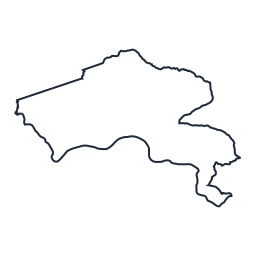 outline of Solita, Caquetá, Colombia
{"feature_id": "7082276B92515443610451", "entity_name": "Solita", "entity_type": "district", "adm_level": 2, "iso_a3": "COL", "parent_name": "Colombia", "parent_adm1": "Caquetá", "projection": "orthographic", "projection_center": [-75.617, 0.89], "detail": "fine", "context": "isolated", "style": "outline", "palette": "slate", "viewbox_px": 256, "rotation_deg": 0, "n_neighbors": 0, "source": "geoboundaries", "source_scale": "gbopen_adm2", "svg_char_len": 5822}
<svg xmlns="http://www.w3.org/2000/svg" viewBox="0 0 256 256"><path d="M17.3,100.1L17.8,101.0L17.0,101.3L16.8,101.5L16.8,101.8L17.8,102.0L17.6,102.6L17.6,103.4L17.5,103.8L17.9,104.4L17.8,105.0L17.9,105.3L17.9,106.1L18.2,107.1L18.1,107.3L17.6,107.0L17.3,108.8L16.8,110.2L16.8,111.9L16.7,112.4L16.6,112.6L16.3,112.6L15.7,112.3L15.4,113.1L16.2,113.3L16.4,114.2L17.2,114.6L17.9,114.7L18.2,114.6L18.2,114.3L18.0,113.8L18.3,113.7L21.6,113.7L22.1,114.0L22.8,114.5L23.4,115.4L24.4,118.7L24.5,119.9L24.4,120.7L24.2,121.2L24.1,122.1L24.3,123.1L24.8,124.5L26.6,124.3L29.6,124.3L30.4,124.4L32.2,125.5L33.3,126.9L35.4,130.8L37.1,132.2L38.9,134.7L40.3,136.3L41.4,137.0L43.6,137.9L44.7,138.8L45.2,139.7L45.4,140.9L45.6,141.5L45.9,142.1L47.5,142.9L48.8,144.2L49.8,145.8L49.8,146.2L51.9,149.5L52.3,150.6L52.8,151.2L52.9,152.3L52.9,153.8L52.8,154.4L52.0,155.6L51.7,156.7L51.7,157.4L51.8,158.0L52.3,159.0L52.8,159.8L53.7,160.8L54.5,161.3L54.9,161.4L56.1,161.6L57.2,161.6L57.7,161.4L58.5,160.8L60.5,159.0L61.7,157.5L64.1,154.9L65.4,153.2L67.1,151.3L68.2,150.5L69.9,149.8L70.7,149.3L74.4,148.0L77.9,147.1L81.9,145.9L83.9,145.6L86.3,145.6L87.2,145.7L89.9,146.3L92.9,146.8L95.5,147.5L96.7,148.1L98.3,148.7L103.1,149.1L105.6,149.1L106.5,148.9L107.4,148.6L110.1,147.0L112.4,145.0L113.2,144.2L114.5,142.6L116.2,141.1L116.6,140.6L119.3,138.7L122.9,137.5L125.4,137.0L128.1,136.9L129.5,136.5L131.1,136.3L134.6,136.5L136.7,137.1L139.6,138.2L143.5,140.5L144.5,141.2L145.5,142.2L148.1,146.1L148.7,147.5L149.0,148.9L149.0,154.7L149.1,156.0L149.7,158.0L150.5,159.1L151.4,160.2L152.7,161.0L154.3,161.7L157.2,162.0L160.6,161.8L162.3,161.6L164.3,160.8L166.4,160.3L168.5,160.4L169.6,160.7L170.3,161.2L170.8,162.0L171.4,162.6L171.8,162.8L172.4,163.1L174.0,163.5L176.5,163.8L177.4,164.1L180.0,164.3L189.6,164.2L191.2,164.5L195.7,167.2L197.7,168.7L198.3,169.4L198.6,170.6L198.5,171.3L198.0,172.0L197.5,172.5L196.9,173.5L196.6,174.2L196.6,175.2L197.4,179.1L197.5,182.6L197.1,183.8L196.5,184.6L196.4,186.9L196.5,189.1L196.5,191.7L196.9,192.6L197.5,193.5L197.9,193.9L198.7,194.3L201.7,195.3L204.2,195.7L205.6,196.5L206.5,198.0L207.3,200.0L208.0,200.7L210.2,201.6L212.4,202.7L213.8,203.8L215.0,204.6L216.2,205.5L218.1,206.3L218.7,206.4L219.5,206.1L220.0,205.7L221.1,204.3L223.1,202.8L223.9,202.4L224.5,201.6L226.0,199.4L228.1,197.0L229.5,196.2L230.6,196.0L231.4,196.0L231.4,195.1L231.3,194.6L230.8,193.9L230.3,193.5L229.4,193.2L227.3,193.4L226.1,193.7L225.3,193.4L224.7,193.4L224.3,193.2L224.0,193.2L223.4,193.0L223.0,193.0L222.9,193.3L222.6,193.3L222.4,193.7L222.1,193.6L221.8,193.8L221.7,193.8L221.2,193.4L221.2,192.9L221.0,192.4L219.6,190.4L218.4,189.0L218.0,188.8L217.2,187.9L216.6,187.6L215.8,186.8L208.6,185.2L209.1,185.0L209.2,184.8L209.2,184.1L209.4,183.3L209.9,182.7L210.1,182.1L210.5,181.5L211.0,181.1L211.2,180.2L212.0,178.9L212.0,178.5L211.8,177.7L211.9,177.1L213.9,175.7L215.4,174.8L215.8,174.2L215.8,171.8L215.4,170.9L214.6,169.8L214.4,169.3L214.5,168.1L214.4,167.7L213.8,166.8L213.8,166.4L214.0,165.9L214.8,165.1L215.1,164.3L215.3,163.1L215.6,162.7L216.0,162.4L216.4,162.3L217.2,162.7L217.7,163.7L218.5,164.0L220.0,164.1L221.3,164.5L221.8,165.7L222.2,165.7L224.4,164.3L225.6,163.8L227.2,164.2L228.6,164.2L229.2,164.3L229.7,164.1L230.1,163.6L230.1,162.2L231.7,162.1L234.0,160.7L234.8,160.8L235.4,160.6L236.3,158.7L238.1,158.4L240.0,158.0L240.6,158.1L237.1,155.9L235.5,154.8L234.8,152.4L234.8,150.2L234.3,147.1L233.9,146.2L233.8,145.9L233.9,144.3L234.1,143.9L234.4,143.4L234.4,143.1L233.9,142.5L233.7,141.7L233.1,140.6L232.5,139.9L231.9,139.6L231.2,138.7L230.6,137.7L229.8,136.8L229.5,136.1L228.9,135.4L228.2,134.9L227.2,134.7L226.3,133.9L225.5,133.0L224.4,132.2L222.0,130.9L219.9,130.1L216.9,129.7L216.4,129.3L215.5,128.8L214.4,128.7L210.2,127.3L208.3,125.7L207.6,125.5L206.5,125.5L205.3,125.8L204.0,126.0L201.8,125.4L200.7,125.4L200.1,125.7L199.0,125.6L197.9,125.4L196.1,125.4L194.9,125.2L192.7,125.6L189.3,124.4L188.5,123.9L187.0,123.3L184.4,123.5L183.6,123.2L181.3,123.2L179.4,123.3L179.5,122.8L179.3,122.2L179.5,120.6L179.9,119.5L180.5,119.1L181.1,118.5L182.5,116.9L184.1,115.5L185.5,115.0L190.0,114.1L190.7,113.4L191.6,112.2L192.5,111.6L194.8,109.8L196.1,109.1L198.9,108.2L199.9,107.7L201.5,106.3L202.7,105.6L204.4,105.2L205.8,104.8L210.4,102.3L211.3,101.4L212.0,100.5L212.7,98.8L212.8,97.0L212.4,95.7L211.7,94.5L211.7,92.2L211.5,91.4L210.8,90.2L210.6,88.9L210.2,83.6L210.1,83.1L210.2,82.7L208.5,82.2L207.0,81.3L206.0,81.5L204.9,81.1L204.4,80.8L203.6,80.0L202.6,78.1L201.9,77.6L200.8,77.3L200.0,76.6L198.4,76.5L196.6,76.7L195.8,76.3L195.4,75.8L195.2,74.9L194.7,74.0L193.2,72.8L192.0,72.1L190.2,71.3L189.3,70.8L188.8,71.1L188.3,71.1L187.7,70.9L187.2,70.4L186.8,70.3L186.3,69.9L185.7,69.8L185.4,70.1L184.9,70.0L184.7,69.9L184.0,69.3L183.5,69.1L182.8,69.5L181.7,69.4L180.8,69.5L179.9,70.6L179.3,70.8L178.7,70.5L177.8,69.1L177.2,68.4L176.6,68.3L176.1,68.4L175.5,68.9L174.8,68.7L174.5,68.3L174.1,68.0L173.7,68.0L172.6,68.5L171.8,68.6L170.3,68.1L169.2,67.3L168.5,67.2L167.7,67.3L165.7,67.7L165.2,67.7L164.5,67.4L163.8,67.4L161.8,68.8L161.2,69.1L160.3,69.3L160.0,69.3L159.1,68.9L158.1,68.6L157.3,68.2L155.6,67.5L154.5,66.5L152.6,65.8L152.1,65.3L151.9,64.3L151.0,64.2L149.3,63.2L148.0,63.0L146.2,62.3L145.5,61.6L145.2,61.0L144.8,60.5L144.0,59.8L142.6,59.2L142.4,58.4L141.9,57.7L139.8,55.6L138.8,53.6L138.0,52.7L137.2,52.2L136.0,51.0L135.3,50.6L133.8,50.0L132.6,49.6L131.5,49.8L129.9,50.4L128.1,50.5L126.4,51.0L125.1,51.2L123.0,51.2L122.9,51.3L121.6,50.9L120.9,50.8L119.2,52.6L118.9,53.5L118.8,54.4L118.1,55.6L117.0,56.1L113.8,56.0L112.5,55.8L111.6,56.2L110.9,57.0L109.1,57.6L107.7,57.6L106.4,58.0L104.6,59.3L103.1,62.7L102.8,63.1L82.9,70.0L83.1,70.2L83.8,70.4L83.9,70.6L84.0,70.9L84.5,71.2L84.3,71.7L83.4,72.4L83.3,73.7L83.5,74.8L82.9,75.7L82.5,75.9L82.2,76.3L82.1,77.6L82.3,78.6L81.7,78.5L17.3,100.1Z" fill="none" stroke="#1e293b" stroke-width="2"/></svg>